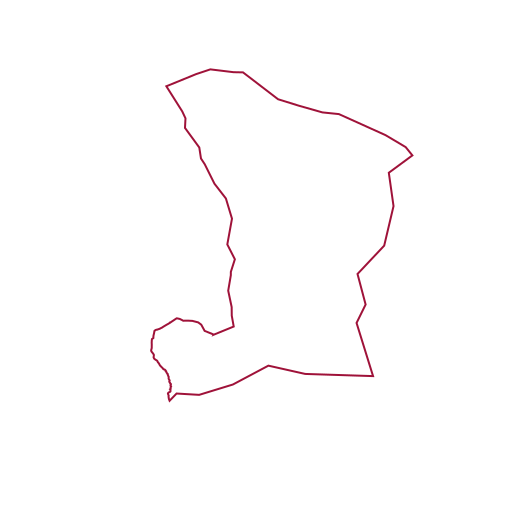 outline of Ceel, Töv, Mongolia, rotated 119°
{"feature_id": "93677404B76235859844194", "entity_name": "Ceel", "entity_type": "district", "adm_level": 2, "iso_a3": "MNG", "parent_name": "Mongolia", "parent_adm1": "Töv", "projection": "mercator", "projection_center": [105.615, 48.405], "detail": "fine", "context": "isolated", "style": "outline", "palette": "rose", "viewbox_px": 512, "rotation_deg": 119, "n_neighbors": 0, "source": "geoboundaries", "source_scale": "gbopen_adm2", "svg_char_len": 2620}
<svg xmlns="http://www.w3.org/2000/svg" viewBox="0 0 512 512"><g transform="rotate(119 256 256)"><path d="M424.5,261.4L414.8,258.8L405.0,238.4L379.6,213.9L345.9,192.0L335.3,155.8L304.3,95.4L265.8,135.6L245.3,136.6L222.5,158.5L184.8,148.9L145.7,159.9L118.8,180.2L92.2,168.0L88.2,177.9L87.5,201.3L91.7,252.3L98.2,267.5L103.8,291.5L108.2,312.7L101.7,356.4L106.1,364.7L114.9,386.4L126.0,396.6L151.0,416.7L165.3,390.6L169.8,384.4L178.4,380.2L188.6,358.2L197.4,351.4L200.6,345.3L212.9,327.4L220.3,310.2L235.0,295.1L259.8,286.7L269.1,272.9L282.1,270.3L285.0,268.7L299.8,263.5L312.5,252.5L319.9,248.3L328.5,241.3L345.3,254.8L345.2,254.8L346.4,264.6L342.6,270.6L342.1,274.4L343.6,280.2L345.7,284.5L347.9,288.3L347.9,288.6L347.9,289.5L348.0,292.1L348.7,294.5L349.0,295.2L350.3,295.9L352.1,296.8L354.0,297.8L356.2,298.9L356.2,299.0L356.3,299.0L357.8,299.8L359.2,300.7L361.6,302.1L363.0,302.9L364.4,303.6L364.6,303.8L366.2,304.9L366.3,304.9L367.6,306.1L368.3,306.7L368.3,306.8L368.5,307.0L368.7,307.3L369.6,308.1L369.9,308.1L370.8,308.5L373.0,307.7L374.5,307.3L375.8,306.9L376.5,306.5L377.6,306.0L379.0,306.7L380.0,306.4L381.2,305.8L382.6,305.1L383.7,304.4L384.8,303.8L385.9,303.2L387.0,302.6L388.1,302.3L389.3,302.0L390.2,301.2L391.3,298.5L391.8,297.7L392.1,297.3L392.6,297.1L393.3,296.8L394.2,296.5L394.8,295.8L395.2,295.1L395.4,293.8L395.5,291.8L395.7,291.4L395.8,291.2L396.1,290.8L396.2,290.7L396.5,290.3L396.7,289.6L396.8,289.4L397.1,288.7L397.8,287.7L398.4,286.6L398.4,286.4L398.6,285.8L398.9,284.9L399.0,284.5L399.2,283.7L399.4,283.1L399.7,282.6L399.9,281.9L399.7,281.4L399.7,281.1L399.6,280.9L399.8,279.9L400.1,279.7L400.4,279.4L400.4,279.2L400.3,278.8L400.4,278.6L400.8,278.4L401.2,277.9L401.5,277.4L401.6,277.1L401.8,276.7L402.0,276.4L402.1,276.1L402.1,275.9L402.6,275.7L402.9,275.2L403.4,274.7L403.6,274.5L403.7,274.3L403.8,274.0L403.9,273.9L404.1,273.8L404.2,273.7L404.6,273.5L405.4,273.1L405.5,273.0L406.0,272.5L406.3,272.0L406.5,271.4L406.7,271.2L407.0,271.2L407.3,271.1L407.6,271.0L407.8,271.0L408.1,270.8L408.3,270.2L408.5,270.0L408.6,269.7L408.9,269.3L409.0,269.3L409.2,269.0L409.3,268.9L409.3,268.6L409.3,268.3L409.6,268.2L409.8,268.1L410.1,268.1L410.3,268.1L410.9,267.9L411.0,267.4L411.4,266.9L411.8,267.0L412.5,266.9L413.0,266.7L413.4,266.3L413.8,266.3L414.2,266.5L414.3,266.2L414.5,265.9L414.8,265.8L415.2,265.6L415.4,265.4L415.8,265.2L416.1,265.2L416.6,265.4L417.0,265.7L417.4,266.0L417.9,266.3L418.3,266.4L418.9,266.4L419.3,266.0L419.8,265.6L420.1,265.1L420.4,264.7L420.9,264.5L421.2,264.4L421.6,264.2L422.3,263.6L423.0,263.1L423.6,262.5L424.5,261.4Z" fill="none" stroke="#9f1239" stroke-width="2"/></g></svg>